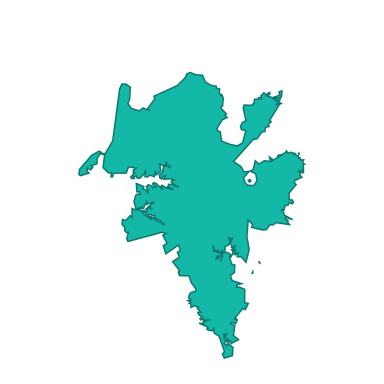 the district of MÄngere-ÅtÄhuhu Local Board Area, Auckland, New Zealand, rotated 118°
{"feature_id": "76426892B61751173785029", "entity_name": "MÄngere-ÅtÄhuhu Local Board Area", "entity_type": "district", "adm_level": 2, "iso_a3": "NZL", "parent_name": "New Zealand", "parent_adm1": "Auckland", "projection": "equal_earth", "projection_center": [174.799, -36.975], "detail": "fine", "context": "isolated", "style": "filled", "palette": "teal", "viewbox_px": 384, "rotation_deg": 118, "n_neighbors": 0, "source": "geoboundaries", "source_scale": "gbopen_adm2", "svg_char_len": 6073}
<svg xmlns="http://www.w3.org/2000/svg" viewBox="0 0 384 384"><g transform="rotate(118 192 192)"><path d="M253.3,99.6L253.7,105.6L255.2,108.3L252.1,108.2L249.7,105.2L251.3,114.8L249.7,117.1L247.5,118.7L243.0,116.8L236.3,120.0L237.4,122.3L233.1,127.4L228.2,126.9L232.4,128.3L229.2,128.3L228.7,130.4L229.3,134.6L231.6,136.4L234.2,135.2L239.7,134.1L237.9,134.6L238.0,137.0L235.9,138.2L239.7,139.0L238.8,139.6L235.8,139.2L235.9,135.6L232.2,137.1L233.7,142.3L232.9,143.4L234.2,145.4L232.3,145.3L229.8,148.8L230.8,146.1L233.0,144.7L232.5,143.5L233.1,142.6L231.2,142.1L232.2,140.5L231.0,137.1L230.1,137.4L231.1,136.0L227.0,135.7L224.7,137.4L221.7,134.7L216.4,135.9L214.7,139.0L215.6,136.3L214.6,136.7L215.5,135.8L213.9,134.6L219.6,134.3L220.3,131.7L222.2,131.4L222.0,129.8L220.6,129.6L219.2,128.5L221.8,128.1L224.8,130.7L222.8,125.5L224.9,128.3L227.2,127.1L227.0,124.3L224.8,125.2L225.8,123.7L224.3,122.7L227.9,121.8L226.2,118.1L228.7,111.3L215.8,114.6L205.8,122.5L190.3,129.3L192.3,123.0L195.2,122.9L192.4,111.8L190.4,108.7L184.2,107.8L183.1,105.1L179.5,103.2L175.0,90.6L174.1,93.2L172.0,93.9L172.0,97.0L170.2,97.2L169.2,90.2L169.0,100.3L167.3,101.1L166.1,104.5L165.0,104.3L165.0,102.2L160.2,103.3L158.2,100.9L156.0,101.5L155.2,97.8L153.5,97.7L152.0,99.6L153.1,102.7L147.4,105.8L136.6,103.5L135.9,105.7L133.8,106.8L127.4,101.8L126.7,104.3L124.1,105.5L123.8,107.9L122.4,106.8L123.3,103.6L122.5,102.7L120.5,103.7L121.4,104.9L118.8,104.6L115.8,106.7L114.6,105.6L113.7,108.5L111.2,108.5L112.7,111.3L111.1,112.8L112.0,113.7L110.2,115.1L110.6,117.3L109.5,119.1L110.9,119.8L110.0,121.0L110.7,123.6L112.8,125.6L111.4,127.9L113.5,128.2L127.9,136.4L130.4,142.8L135.9,145.9L134.7,150.8L143.1,148.5L146.3,150.3L145.9,144.3L151.7,139.9L157.3,140.4L159.9,146.1L159.0,149.3L155.2,153.2L146.8,151.1L149.9,155.6L146.6,160.5L145.6,169.7L116.8,162.6L114.6,159.6L106.2,158.5L104.5,156.0L100.4,157.6L98.1,154.7L96.5,156.3L92.7,155.1L92.2,157.1L74.2,155.9L75.2,158.8L72.4,157.5L73.6,156.6L72.0,154.7L71.6,158.0L68.7,157.5L68.1,159.1L66.2,157.6L60.5,160.0L62.7,162.2L65.4,160.0L69.9,164.3L70.5,161.2L69.3,161.6L69.0,161.0L72.1,159.8L71.0,166.2L72.1,170.7L68.9,169.1L67.6,170.2L71.5,172.6L70.6,175.1L74.9,176.3L77.4,173.7L76.4,175.7L77.7,177.5L78.7,176.7L80.8,180.4L84.5,178.9L87.7,180.4L90.7,186.8L94.0,186.1L103.7,177.8L107.4,180.3L111.7,179.8L113.7,177.6L112.4,173.3L124.8,170.4L130.0,173.6L132.1,180.7L133.2,189.8L125.5,195.3L126.0,197.5L124.6,199.8L113.9,199.2L109.8,195.9L108.7,199.0L106.9,198.3L104.3,206.2L101.4,205.5L94.3,208.5L92.8,210.5L93.2,212.0L92.1,211.7L92.2,214.3L88.1,215.9L88.8,219.3L87.2,220.2L88.9,225.4L88.5,231.9L84.0,237.5L86.7,243.9L87.3,249.8L90.4,252.1L93.6,251.5L104.7,254.8L125.3,270.5L126.9,268.5L138.6,270.3L140.0,268.5L140.8,274.7L145.1,276.6L146.7,284.6L144.1,290.1L139.4,290.6L128.4,295.7L127.7,300.9L129.5,304.5L135.0,304.3L184.1,286.0L199.0,286.6L200.8,291.1L199.6,290.8L199.5,293.2L206.7,297.8L224.8,301.9L229.6,300.1L230.0,298.3L223.7,291.8L222.7,294.6L219.7,295.9L220.1,291.9L216.8,291.2L216.1,293.4L211.7,289.1L207.1,291.5L201.2,291.1L200.2,287.3L200.9,286.3L212.2,282.0L214.3,274.9L212.9,272.2L216.6,270.7L215.9,269.2L212.3,270.3L206.2,259.0L199.6,259.8L197.0,252.4L200.2,254.1L202.6,252.8L202.0,251.6L207.6,253.1L208.4,251.7L207.1,249.2L205.7,250.6L203.9,248.6L205.4,247.3L204.5,244.6L198.8,242.7L194.1,243.1L200.7,240.6L199.1,237.9L197.0,237.4L196.1,232.4L190.6,234.3L193.5,231.4L188.1,229.4L181.8,234.2L182.7,232.2L181.2,228.3L177.3,228.7L179.4,227.5L179.8,222.8L180.7,222.6L180.6,226.6L183.2,229.1L188.3,227.3L192.1,228.9L194.7,227.0L194.7,224.8L191.8,225.0L190.1,223.1L193.9,223.0L190.2,216.7L189.4,212.4L191.6,215.4L193.0,214.8L194.2,208.4L193.0,206.1L194.6,207.9L194.5,213.0L196.1,216.1L199.2,215.9L198.4,213.6L198.6,209.3L200.4,216.1L200.1,221.6L202.3,222.3L202.2,219.7L203.7,219.5L201.3,227.4L201.8,230.3L203.5,230.6L204.6,225.5L204.9,227.9L207.2,228.7L205.6,230.0L206.1,234.1L208.9,234.8L210.3,232.1L213.5,230.9L211.5,233.8L212.5,236.9L209.8,237.1L210.6,245.2L217.8,240.7L216.5,238.6L216.5,237.4L218.6,236.7L218.8,238.5L221.4,240.1L227.7,238.7L233.3,233.4L229.4,229.6L230.8,229.9L229.2,227.0L224.8,227.8L224.4,226.1L222.0,227.6L223.1,225.5L218.5,220.6L224.5,223.3L226.2,219.0L225.9,223.5L228.8,224.6L228.4,223.3L230.3,222.5L231.7,227.4L233.1,220.2L230.9,217.8L231.8,216.3L229.9,213.8L232.6,213.0L232.1,206.4L233.6,204.4L233.3,202.1L233.4,200.4L234.3,203.4L232.7,206.3L234.3,207.8L233.0,214.9L233.7,218.2L235.3,214.1L234.3,224.1L232.1,229.4L234.2,232.9L234.7,237.2L242.5,233.1L241.9,235.5L248.3,237.1L248.9,240.5L253.4,238.5L254.9,234.7L257.8,233.1L258.6,230.7L257.6,229.2L263.9,227.7L265.7,225.3L241.6,199.5L240.8,195.2L243.9,197.5L249.0,189.9L253.0,192.2L258.8,186.0L245.2,179.1L248.8,174.8L252.2,176.6L255.3,172.5L262.6,176.4L267.4,165.8L269.1,166.5L271.7,163.8L267.4,155.3L272.2,150.4L275.7,143.2L278.0,142.3L281.3,145.8L284.1,146.2L287.1,145.2L287.8,142.1L289.8,144.7L290.2,141.7L291.4,142.0L290.6,141.1L294.4,138.6L291.1,136.4L290.6,131.7L291.4,133.2L292.4,132.5L293.9,127.8L295.6,130.4L297.2,128.3L297.3,124.7L300.2,125.5L300.8,124.0L298.2,122.4L300.2,121.1L297.0,117.7L296.8,116.6L301.4,121.3L302.7,119.8L304.5,124.1L303.9,115.8L304.5,114.1L306.1,114.6L306.3,112.5L305.0,109.0L302.5,108.7L306.2,106.2L306.6,100.4L316.6,89.5L318.1,88.3L320.7,89.2L323.5,85.5L317.6,79.5L310.1,82.8L309.0,87.0L309.4,89.6L311.4,88.9L310.7,92.5L307.8,92.2L307.4,88.6L305.4,92.1L306.9,93.0L306.6,94.6L302.7,97.2L302.7,95.1L301.4,95.4L300.6,95.3L300.6,95.2L302.5,94.9L304.3,95.5L305.9,89.6L305.2,87.7L307.1,86.1L300.5,81.6L299.2,88.1L289.8,91.5L290.2,95.8L288.4,95.8L287.8,91.7L283.6,92.0L283.1,93.5L284.4,94.5L284.2,95.1L271.0,92.5L270.8,89.7L264.0,90.0L265.0,93.6L253.3,99.6ZM156.3,146.0L154.9,145.0L153.8,146.8L155.4,147.8L156.3,146.0ZM126.9,138.1L125.9,135.9L125.4,136.3L124.8,140.0L126.9,138.1ZM233.9,100.9L235.4,100.8L234.9,100.2L233.9,100.9ZM120.8,133.2L118.3,132.2L118.8,132.9L119.3,133.3L120.8,133.2ZM108.8,114.8L107.4,115.8L108.2,116.0L108.8,114.8ZM221.6,100.2L222.8,99.7L222.8,98.8L221.6,100.2Z" fill="#14b8a6" stroke="#0f766e" stroke-width="1.5"/></g></svg>